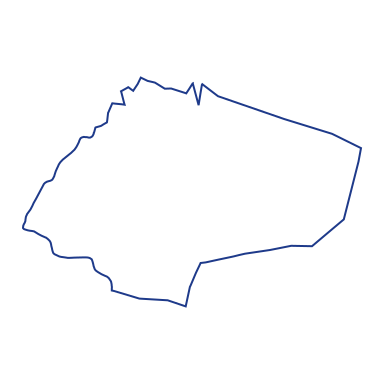 the district of Yabroud, Rif Dimashq, Syria
{"feature_id": "27442178B56496530106269", "entity_name": "Yabroud", "entity_type": "district", "adm_level": 2, "iso_a3": "SYR", "parent_name": "Syria", "parent_adm1": "Rif Dimashq", "projection": "orthographic", "projection_center": [36.379, 33.94], "detail": "fine", "context": "isolated", "style": "outline", "palette": "blue", "viewbox_px": 384, "rotation_deg": 0, "n_neighbors": 0, "source": "geoboundaries", "source_scale": "gbopen_adm2", "svg_char_len": 3010}
<svg xmlns="http://www.w3.org/2000/svg" viewBox="0 0 384 384"><path d="M343.8,219.4L358.5,161.6L361.0,148.1L355.1,145.2L336.5,136.0L332.0,133.8L284.1,119.0L218.0,96.2L202.3,84.2L201.9,84.8L200.5,93.2L198.6,105.2L192.8,83.5L192.8,83.4L192.6,83.5L189.3,88.7L186.4,93.1L186.3,93.3L186.2,93.4L185.9,93.2L184.9,92.9L184.3,92.7L171.1,88.5L164.8,88.7L156.9,83.8L154.9,82.6L152.9,82.1L147.6,80.9L140.8,77.6L137.7,84.0L133.7,90.0L133.2,90.8L130.8,89.1L129.9,88.4L128.7,87.5L128.2,87.2L128.0,87.4L121.0,91.3L121.3,92.1L124.1,103.0L124.6,104.7L121.9,104.3L114.7,103.6L112.3,103.3L112.2,103.5L111.3,105.6L108.3,112.5L108.2,112.6L108.1,112.8L107.5,118.0L107.3,119.9L107.0,121.9L106.9,122.4L106.7,122.6L106.2,122.8L105.8,123.0L103.2,124.5L102.0,125.3L100.8,126.0L100.0,126.2L99.3,126.4L96.4,127.2L95.7,127.4L95.4,127.6L95.3,127.9L95.3,128.0L94.8,129.9L94.7,130.2L94.3,131.8L93.8,132.9L93.8,133.1L93.7,133.2L93.7,133.7L93.4,134.4L93.1,135.0L92.8,135.6L92.6,135.9L92.0,136.5L91.8,136.7L91.7,136.8L90.1,137.6L88.8,137.6L86.7,137.1L85.6,137.1L85.2,137.1L83.8,136.9L83.2,137.1L82.2,137.3L80.9,138.0L80.4,138.5L79.4,140.5L79.0,141.8L78.7,142.5L77.5,144.9L77.4,145.1L76.7,146.4L76.3,147.1L76.1,147.4L74.4,149.8L73.5,150.6L71.0,153.0L70.6,153.3L68.6,154.9L62.8,159.6L61.0,161.5L60.6,161.9L60.0,162.7L58.8,164.5L58.3,165.7L58.1,166.1L57.9,166.6L57.3,167.8L56.3,170.0L55.8,171.1L54.6,174.8L54.2,176.3L53.7,177.2L53.3,178.0L53.2,178.2L52.4,179.5L51.7,180.1L50.2,180.8L48.6,181.2L48.0,181.4L47.1,181.6L46.4,182.1L46.1,182.2L45.5,182.5L45.0,182.9L43.9,184.0L43.4,184.9L43.4,185.0L41.3,188.9L36.2,198.5L33.6,203.1L32.3,206.0L30.4,209.6L29.5,210.8L27.0,214.2L26.7,215.1L26.1,216.3L25.9,217.0L25.8,217.4L25.7,218.2L25.5,219.4L25.4,220.4L25.4,220.7L25.4,220.8L25.3,221.3L25.1,221.7L25.0,222.0L24.9,222.2L24.8,222.6L23.8,224.3L23.7,224.7L23.3,225.5L23.0,227.8L23.1,228.2L23.6,228.7L23.8,228.9L23.9,229.0L24.8,229.4L27.7,230.3L29.7,230.7L32.1,231.0L34.1,231.4L38.3,234.0L41.5,235.7L45.8,237.6L46.0,237.6L46.9,238.3L47.8,239.0L49.7,240.9L50.6,242.5L51.1,244.5L51.3,245.8L52.0,248.5L52.1,249.1L52.2,249.7L52.6,251.2L53.2,252.9L53.8,253.6L54.7,254.3L57.7,255.7L58.7,256.2L59.5,256.5L59.8,256.6L61.2,256.9L61.8,257.0L62.8,257.1L66.2,257.6L67.9,257.9L68.5,257.9L71.0,257.8L72.9,257.7L75.0,257.6L83.3,257.4L85.3,257.4L86.0,257.4L87.5,257.5L88.7,257.7L89.9,258.1L91.7,259.3L92.2,260.5L92.8,262.4L92.8,262.6L92.9,263.0L93.0,263.1L93.7,266.4L93.8,266.6L94.2,267.6L94.4,268.3L94.5,268.7L95.2,269.8L95.5,270.2L95.8,270.5L96.7,271.2L98.0,272.1L101.5,274.2L105.2,275.9L106.0,276.2L106.2,276.3L107.1,276.7L107.7,277.2L108.4,277.8L108.7,278.0L109.8,279.6L110.2,280.2L110.7,280.9L111.1,281.8L111.6,284.2L111.7,285.6L111.9,287.0L111.8,288.7L111.8,290.3L111.8,290.5L113.7,290.9L139.4,298.6L167.7,300.3L185.7,306.4L189.9,286.9L190.6,285.5L196.0,272.7L199.5,265.4L200.6,263.0L205.7,262.4L218.5,259.6L231.4,256.9L233.7,256.4L239.3,255.0L245.0,253.7L270.0,250.0L291.2,245.8L312.0,246.2L331.9,229.4L343.8,219.4Z" fill="none" stroke="#1e3a8a" stroke-width="2"/></svg>